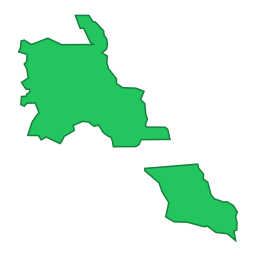 St. Martin, Louisiana, United States of America (Mercator projection)
{"feature_id": "52423323B3769936214170", "entity_name": "St. Martin", "entity_type": "district", "adm_level": 2, "iso_a3": "USA", "parent_name": "United States of America", "parent_adm1": "Louisiana", "projection": "mercator", "projection_center": [-91.637, 30.099], "detail": "fine", "context": "isolated", "style": "filled", "palette": "green", "viewbox_px": 256, "rotation_deg": 0, "n_neighbors": 0, "source": "geoboundaries", "source_scale": "gbopen_adm2", "svg_char_len": 1461}
<svg xmlns="http://www.w3.org/2000/svg" viewBox="0 0 256 256"><path d="M18.6,51.9L27.1,54.4L26.6,61.7L24.2,64.0L26.9,69.0L27.5,73.4L28.3,77.9L21.5,82.5L25.9,89.1L29.8,89.3L29.6,92.2L26.7,94.2L26.2,96.2L21.5,96.5L20.9,104.7L24.3,106.2L26.9,103.2L35.2,103.0L38.9,112.4L33.8,119.5L32.0,122.2L30.2,127.9L27.8,135.4L38.5,135.6L41.2,139.9L44.3,138.1L46.1,137.0L52.2,139.9L60.0,143.6L61.3,142.0L64.3,136.3L74.3,130.4L73.2,125.4L82.6,121.5L88.3,121.9L94.2,126.4L98.5,125.0L103.2,132.5L108.5,136.4L110.5,136.9L112.1,139.8L113.4,146.7L136.0,146.6L139.1,144.4L141.1,139.7L170.0,139.4L167.7,129.3L165.1,127.2L146.8,127.1L145.3,125.3L147.4,119.0L145.7,114.0L144.8,103.5L140.6,99.8L144.0,91.3L135.9,88.2L122.6,87.7L116.5,83.5L116.5,78.9L108.4,68.5L106.8,62.8L107.3,56.0L101.8,52.9L106.4,49.3L107.5,44.6L106.7,39.1L103.9,34.8L103.7,30.9L95.3,22.0L92.7,21.5L88.9,15.4L75.4,15.4L80.2,28.5L83.6,28.2L90.5,42.5L94.3,44.5L73.3,44.6L61.6,44.7L47.8,38.2L34.1,43.5L33.3,43.8L32.8,44.0L32.3,43.9L31.7,44.2L31.4,44.5L31.2,44.5L31.0,44.4L24.3,40.1L21.2,40.9L20.4,48.2L18.6,51.9ZM144.8,168.4L144.8,170.7L159.0,182.8L162.1,191.7L168.8,202.7L165.7,216.9L174.1,221.8L187.1,222.2L204.0,226.7L207.5,226.1L215.8,232.4L227.3,233.7L235.6,240.6L234.0,231.1L236.7,230.1L237.0,222.3L235.6,216.6L237.4,211.9L233.3,205.6L227.5,201.9L223.3,202.0L214.3,198.7L211.1,195.0L207.7,182.1L203.4,179.1L203.5,174.2L198.6,168.0L197.7,164.1L144.8,168.4Z" fill="#22c55e" stroke="#15803d" stroke-width="1.5"/></svg>